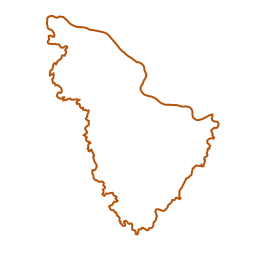 the district of Passos, Minas Gerais, Brazil, rotated 5°
{"feature_id": "56859067B86797639547756", "entity_name": "Passos", "entity_type": "district", "adm_level": 2, "iso_a3": "BRA", "parent_name": "Brazil", "parent_adm1": "Minas Gerais", "projection": "albers", "projection_center": [-46.64, -20.726], "detail": "fine", "context": "isolated", "style": "outline", "palette": "amber", "viewbox_px": 256, "rotation_deg": 5, "n_neighbors": 0, "source": "geoboundaries", "source_scale": "gbopen_adm2", "svg_char_len": 5765}
<svg xmlns="http://www.w3.org/2000/svg" viewBox="0 0 256 256"><g transform="rotate(5 128 128)"><path d="M210.8,107.2L209.2,107.8L207.6,108.5L203.3,111.4L200.8,112.8L197.6,114.0L195.5,114.0L194.0,113.4L192.7,112.5L191.8,111.6L191.4,110.5L191.0,109.1L190.9,107.3L190.7,106.0L190.2,104.6L189.3,103.2L188.1,102.3L186.8,101.7L185.2,101.5L183.5,101.5L181.0,101.8L179.8,101.9L178.6,101.8L177.2,101.5L174.9,101.0L173.7,100.8L172.5,101.2L170.4,101.2L167.4,101.2L164.9,101.4L163.9,101.6L162.3,101.4L159.7,100.6L158.1,99.9L156.5,98.8L155.3,97.9L154.2,96.9L153.3,96.4L150.9,95.4L149.7,94.9L148.4,94.6L147.1,94.6L144.0,94.0L142.3,93.7L140.7,92.9L139.2,91.5L138.3,90.4L137.6,89.2L137.0,87.9L137.1,86.0L138.4,83.5L139.0,81.9L139.4,80.3L139.8,79.0L141.1,76.6L141.6,74.7L141.6,72.9L140.9,71.6L140.1,70.4L139.4,69.1L138.8,66.2L137.8,64.4L136.5,63.2L135.1,62.3L133.8,61.8L131.1,61.6L127.0,59.1L125.5,58.1L124.2,57.4L122.9,57.0L119.5,54.7L118.4,53.8L117.3,52.9L116.0,52.2L114.9,51.4L113.9,50.7L112.8,49.7L112.0,48.7L111.0,47.4L109.3,45.8L108.5,44.9L103.8,40.4L102.6,39.3L100.6,37.1L99.5,36.3L98.3,35.8L96.5,35.1L95.1,34.8L93.6,34.6L91.9,34.3L88.2,33.8L86.4,33.7L84.3,33.5L83.2,33.5L81.6,33.5L80.0,32.9L78.6,32.3L77.1,31.9L75.4,31.7L73.7,31.6L70.6,31.8L69.5,31.8L66.6,31.4L65.2,30.9L63.7,30.3L62.4,29.8L61.3,29.2L60.1,28.2L58.1,26.2L56.4,24.9L55.1,24.1L53.9,23.0L52.0,23.1L50.6,22.8L49.4,23.3L48.3,24.1L47.1,24.4L45.7,24.0L44.2,23.3L43.0,23.0L41.0,23.2L39.4,24.1L38.2,25.2L38.0,26.9L38.3,28.6L38.1,30.1L38.3,31.7L38.9,33.3L39.3,35.2L40.4,36.4L41.7,36.6L43.6,37.2L44.9,38.6L45.8,39.8L46.6,42.0L46.5,43.4L45.4,43.7L44.2,43.3L43.1,42.7L41.1,43.1L41.1,44.7L41.8,46.0L41.3,47.4L40.6,48.5L40.7,50.1L41.8,50.8L43.5,51.0L46.6,50.9L47.8,50.5L49.0,50.7L50.0,51.1L51.1,50.7L52.3,51.0L53.2,52.2L54.2,53.7L56.1,53.7L57.7,52.5L58.9,51.9L60.2,52.1L60.5,53.3L59.2,54.5L58.5,55.9L59.7,56.9L59.8,58.2L59.2,59.6L58.8,61.4L57.4,61.4L56.1,61.4L55.8,62.5L55.7,64.1L54.6,65.4L52.9,66.8L52.0,67.7L51.6,69.0L50.7,70.7L49.6,69.6L48.6,70.4L48.1,71.5L48.2,72.7L47.7,74.2L47.6,76.0L46.7,76.7L45.7,78.0L45.4,79.7L45.4,81.0L45.6,82.4L46.7,81.8L47.7,81.0L48.9,80.2L49.4,81.6L49.2,85.0L48.3,86.0L48.9,88.4L49.3,89.6L50.5,89.3L51.4,90.2L52.1,91.8L53.3,91.4L54.9,91.6L58.0,94.2L58.5,95.9L58.9,97.3L58.3,98.8L56.7,98.5L55.4,98.9L54.8,100.3L54.3,101.9L54.9,103.1L56.0,103.8L57.2,104.5L58.7,104.6L59.8,104.5L60.4,103.2L61.7,103.0L61.2,104.7L61.2,106.2L62.6,105.8L63.8,105.6L64.8,104.9L66.0,104.3L67.6,103.6L69.2,104.8L72.5,104.3L73.8,103.9L75.3,104.0L76.9,104.3L75.5,105.5L74.4,107.1L75.1,108.5L76.6,108.2L77.7,108.6L78.2,110.4L79.0,111.9L80.3,112.1L81.5,112.0L81.5,113.6L82.9,113.7L84.6,113.9L86.0,114.4L87.3,114.1L87.2,115.6L86.8,117.3L86.3,118.4L86.4,119.6L86.0,120.9L85.2,122.4L86.1,123.4L87.2,123.8L88.5,124.5L88.2,126.1L88.7,127.2L88.5,128.6L87.2,129.4L86.2,130.8L85.2,131.9L85.8,133.2L86.6,134.2L87.2,135.1L87.7,136.2L86.9,137.1L85.6,137.9L84.6,139.1L86.6,139.9L87.8,140.9L86.8,141.9L87.4,142.9L87.5,144.2L89.0,145.1L90.8,145.1L91.7,146.4L90.4,146.9L90.0,148.0L89.8,149.1L90.2,150.6L89.5,152.0L90.6,152.7L90.6,154.2L91.7,154.7L93.4,152.8L94.3,154.4L95.2,156.0L95.9,157.2L96.7,158.3L95.8,159.9L97.1,163.1L97.6,164.6L98.7,165.8L99.8,167.5L100.3,169.1L99.6,170.7L99.2,172.2L97.8,173.2L96.3,173.1L96.3,174.5L96.2,175.8L96.9,177.2L97.6,178.0L97.8,179.2L97.9,180.5L98.9,181.8L100.2,182.8L101.5,182.7L102.5,183.7L103.7,184.0L104.9,184.1L106.4,183.5L107.8,184.0L108.8,185.0L108.3,186.5L108.8,187.7L110.1,188.4L110.2,189.7L109.3,190.7L108.3,191.6L109.1,192.9L109.0,194.8L108.3,196.1L109.0,196.9L110.2,197.6L111.8,195.1L113.7,195.3L115.4,194.6L116.9,194.1L118.4,193.9L119.1,195.6L120.1,196.7L122.4,197.2L122.7,198.3L121.7,199.3L122.9,200.4L124.0,201.5L122.9,202.4L121.8,202.6L120.7,202.5L120.0,203.6L119.0,206.0L116.1,207.4L116.4,208.6L117.1,209.6L118.0,210.9L119.4,211.3L120.6,211.1L121.8,212.1L122.4,213.1L123.7,213.4L124.2,214.7L124.6,216.1L125.6,216.6L126.5,217.3L127.5,218.4L127.5,219.9L127.7,221.5L128.8,221.8L128.7,223.7L130.0,224.2L130.8,225.5L132.2,225.9L133.5,225.7L133.6,224.3L133.1,223.2L132.1,222.6L132.4,221.4L133.6,220.6L135.2,221.4L136.4,222.9L137.8,223.4L138.8,222.9L140.1,223.0L140.8,224.9L140.9,228.6L142.6,229.3L143.9,229.5L144.8,230.9L144.8,232.8L146.6,233.2L147.2,231.4L147.4,228.1L148.9,228.1L150.2,227.5L150.4,226.3L151.8,226.3L153.3,226.9L154.5,227.6L156.1,228.3L157.5,227.5L158.0,225.9L160.4,225.3L161.3,224.4L161.9,221.7L161.6,220.3L162.4,219.1L163.3,218.1L164.0,216.5L164.0,214.7L164.6,213.4L163.7,211.6L163.2,210.1L162.5,208.9L163.0,206.9L164.3,206.3L165.7,206.4L167.0,206.7L168.5,207.3L170.4,207.5L171.8,206.9L173.6,204.7L174.4,203.1L174.7,201.4L176.0,200.2L177.4,198.8L178.0,197.4L178.3,195.9L179.4,196.0L180.6,195.7L181.4,194.6L182.1,193.1L183.8,193.6L185.7,194.4L186.5,193.4L185.4,192.4L184.8,190.8L185.0,189.3L184.9,187.8L184.8,186.0L185.5,184.7L186.2,183.6L187.0,182.6L187.3,181.5L187.6,180.2L188.1,179.1L188.7,178.0L189.2,176.4L189.9,174.9L190.1,173.6L191.4,172.9L192.4,172.1L193.1,171.2L194.1,170.3L195.2,169.4L195.5,167.5L195.5,166.0L195.9,164.3L195.9,162.5L197.1,162.2L197.7,160.8L198.9,159.6L199.9,159.6L201.1,159.3L202.6,159.6L203.9,159.6L204.3,158.4L205.3,159.8L206.7,159.4L206.6,157.6L207.2,156.2L207.3,154.6L207.7,153.3L206.7,152.5L206.8,150.8L208.0,150.0L209.0,149.3L209.6,148.0L208.6,146.3L209.1,144.8L209.3,143.4L209.3,141.8L210.9,141.5L210.7,140.0L211.3,138.5L210.2,137.3L208.5,136.1L208.1,134.5L208.4,133.0L209.5,132.0L210.5,131.4L212.9,130.7L214.0,131.2L214.5,129.9L213.4,128.9L212.6,127.6L212.7,125.8L211.5,124.5L211.1,123.1L212.1,122.2L212.8,121.2L214.0,120.2L215.8,120.4L217.0,119.6L217.6,117.9L218.0,116.3L217.0,114.3L215.0,113.9L213.4,113.9L212.0,113.3L210.9,112.4L210.6,111.1L211.0,109.9L211.1,108.7L210.8,107.2Z" fill="none" stroke="#b45309" stroke-width="2"/></g></svg>